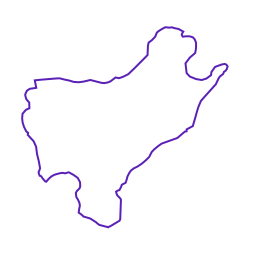 Safita, Tartus, Syria (orthographic projection), rotated 355°
{"feature_id": "27442178B1888341304206", "entity_name": "Safita", "entity_type": "district", "adm_level": 2, "iso_a3": "SYR", "parent_name": "Syria", "parent_adm1": "Tartus", "projection": "orthographic", "projection_center": [36.162, 34.812], "detail": "fine", "context": "isolated", "style": "outline", "palette": "violet", "viewbox_px": 256, "rotation_deg": 355, "n_neighbors": 0, "source": "geoboundaries", "source_scale": "gbopen_adm2", "svg_char_len": 2466}
<svg xmlns="http://www.w3.org/2000/svg" viewBox="0 0 256 256"><g transform="rotate(355 128 128)"><path d="M202.2,45.5L200.6,43.4L200.0,43.1L198.2,42.3L196.3,41.9L193.1,41.7L190.5,41.8L189.7,40.2L189.9,38.9L191.5,36.8L187.1,33.8L182.5,32.4L180.8,31.6L177.9,31.6L173.8,30.9L169.9,32.6L166.7,34.3L165.2,35.4L165.0,35.6L163.0,39.5L159.3,42.7L156.1,44.6L155.1,47.5L153.8,57.1L146.1,63.6L139.7,69.0L133.0,74.4L128.2,76.3L125.5,77.1L123.3,77.6L120.0,76.6L114.6,80.0L111.7,80.9L108.3,81.2L105.5,80.7L101.2,79.2L97.3,77.8L94.6,76.9L92.0,77.3L87.6,77.9L82.8,78.1L78.1,77.4L73.6,75.6L71.8,75.1L71.4,74.9L69.5,74.4L64.4,72.6L61.7,72.4L45.0,72.3L39.3,72.4L40.1,80.0L33.6,80.4L30.6,82.0L28.6,85.4L28.5,86.8L29.2,90.4L31.8,94.0L31.5,99.7L27.9,101.0L24.2,104.6L23.4,109.0L23.5,113.3L24.5,117.8L26.4,122.6L28.1,124.1L27.5,126.0L30.9,130.5L32.8,132.9L34.8,138.6L34.9,140.7L35.1,145.8L36.3,153.7L36.7,158.4L36.9,160.4L36.0,162.6L35.2,163.8L35.1,165.3L35.9,167.9L37.3,168.5L38.5,170.7L40.8,173.9L41.8,174.4L44.5,171.8L47.4,169.6L50.6,168.2L53.5,167.6L56.4,167.1L59.3,167.0L61.5,167.7L63.2,167.3L64.5,167.0L65.4,167.1L69.4,169.8L70.4,170.6L71.6,171.6L73.7,173.5L75.5,177.9L75.3,182.2L74.3,184.1L72.0,185.9L70.4,188.0L70.5,192.2L72.0,195.2L73.1,198.5L73.3,201.2L72.3,204.4L71.5,208.0L72.7,209.0L74.9,211.0L75.4,211.6L75.9,212.3L79.0,213.5L82.5,214.9L87.6,218.8L90.1,221.3L90.9,222.0L99.5,225.1L99.6,224.9L101.5,224.4L104.2,223.2L104.3,223.1L111.5,219.6L112.3,218.2L114.7,198.9L114.3,197.6L113.6,196.8L112.9,195.9L111.4,194.1L110.8,192.0L110.6,190.3L112.5,189.4L113.6,189.2L114.0,189.1L114.9,187.8L115.9,186.2L116.4,185.1L116.9,184.0L118.2,183.4L119.3,183.0L120.3,182.6L120.8,182.4L122.2,179.2L122.6,178.1L123.2,176.3L124.1,174.9L125.4,172.8L126.7,171.3L127.3,170.6L130.3,168.7L133.9,167.3L137.1,165.6L139.3,164.3L143.2,161.5L144.6,160.3L144.9,160.1L146.6,158.7L149.0,154.8L149.6,153.9L152.3,151.5L156.4,148.7L160.1,146.5L168.8,144.2L176.2,142.3L184.4,136.5L186.1,136.4L186.3,134.5L191.2,132.4L192.7,131.8L195.8,123.9L197.9,118.2L200.0,113.1L203.0,107.4L205.7,104.8L210.6,100.2L219.3,92.1L220.8,89.5L222.9,86.0L224.3,84.5L227.4,82.5L228.0,81.5L228.5,80.4L230.2,79.5L231.1,78.4L231.5,78.0L232.6,75.2L232.0,74.2L231.1,73.2L230.0,72.6L226.8,72.9L223.9,73.7L220.1,74.7L216.0,79.5L215.3,82.6L210.4,85.6L205.6,86.6L200.1,85.2L194.2,82.2L191.2,78.5L190.9,68.6L195.9,63.1L199.3,60.7L201.5,59.1L202.6,54.9L203.0,51.8L203.2,48.9L202.2,45.5Z" fill="none" stroke="#5b21b6" stroke-width="2"/></g></svg>